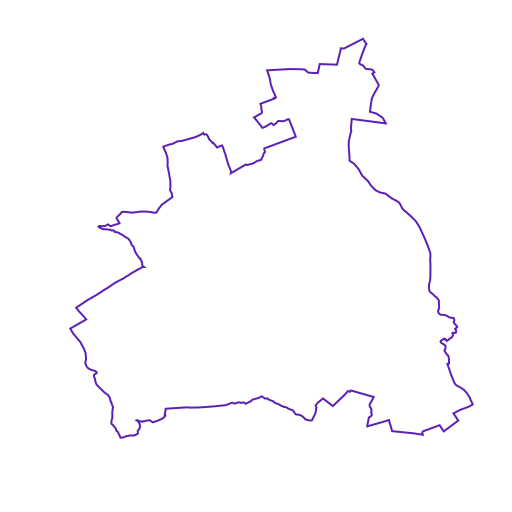 Albesti, Vaslui, Romania (Natural Earth projection), rotated 172°
{"feature_id": "2599482B63481497908108", "entity_name": "Albesti", "entity_type": "district", "adm_level": 2, "iso_a3": "ROU", "parent_name": "Romania", "parent_adm1": "Vaslui", "projection": "natural_earth1", "projection_center": [27.866, 46.507], "detail": "fine", "context": "isolated", "style": "outline", "palette": "violet", "viewbox_px": 512, "rotation_deg": 172, "n_neighbors": 0, "source": "geoboundaries", "source_scale": "gbopen_adm2", "svg_char_len": 6005}
<svg xmlns="http://www.w3.org/2000/svg" viewBox="0 0 512 512"><g transform="rotate(172 256 256)"><path d="M406.5,307.5L406.6,307.3L407.8,307.1L407.3,306.0L406.2,305.7L404.4,304.1L396.6,302.3L395.7,301.5L393.2,301.1L392.6,299.5L390.6,299.0L388.3,297.8L387.4,296.7L386.3,296.2L385.5,295.4L384.5,294.8L383.9,294.0L381.4,291.9L380.4,291.3L379.0,289.2L378.7,288.3L377.9,286.9L377.9,285.2L375.8,281.6L375.3,277.9L374.3,275.1L371.9,270.3L370.7,269.4L370.8,268.4L370.0,266.9L370.1,266.2L369.7,265.4L369.9,262.7L369.6,262.0L368.4,260.7L370.2,260.9L371.3,260.2L374.0,259.4L382.8,255.8L385.2,254.5L386.8,254.0L391.4,251.8L392.4,251.6L399.9,248.8L408.4,244.6L412.0,243.2L413.5,242.3L415.6,241.5L417.8,240.3L429.6,235.5L441.3,229.8L438.9,225.7L435.3,220.6L433.0,216.8L450.0,210.0L448.1,205.1L442.1,195.5L441.3,193.7L440.8,191.8L440.2,190.6L439.5,188.6L438.2,183.6L438.4,182.2L438.6,177.5L440.0,173.7L439.1,170.1L437.5,167.8L434.6,166.0L431.7,164.7L430.1,163.4L430.0,162.5L430.2,162.2L432.9,160.9L433.1,160.5L433.2,159.5L432.5,156.0L432.5,154.0L432.0,151.4L431.0,149.7L425.2,142.1L421.8,138.8L420.5,135.9L420.3,133.4L418.6,126.2L419.7,122.9L420.4,119.1L420.4,117.5L420.6,116.6L422.1,112.6L422.5,110.3L422.3,109.5L421.2,108.6L418.8,104.6L418.6,102.6L418.3,101.9L417.3,101.1L415.5,95.1L415.1,94.8L413.0,94.8L409.5,95.6L405.2,95.8L403.4,95.4L401.2,95.3L397.7,96.5L397.6,98.5L397.3,99.5L395.6,100.9L395.5,101.6L394.7,102.5L394.8,103.2L394.5,104.5L394.5,105.7L395.3,107.5L395.4,108.3L396.0,109.0L397.2,109.9L397.0,110.0L396.4,109.9L394.0,108.3L393.1,108.4L391.5,107.7L389.9,108.1L389.4,107.9L387.6,108.2L384.6,108.2L383.9,107.9L381.2,105.6L375.5,106.8L371.2,108.1L369.3,109.1L368.5,110.1L368.6,110.9L368.0,110.9L368.1,112.8L367.0,115.8L366.9,117.0L366.0,117.3L344.9,115.7L343.9,115.5L343.5,115.2L334.2,114.0L320.2,113.0L306.6,112.5L300.2,114.1L298.0,112.9L295.9,113.0L294.0,113.5L293.2,113.5L291.3,112.6L289.3,112.8L288.4,112.6L286.7,111.1L281.1,113.0L280.0,113.9L279.2,114.3L272.3,115.2L270.4,116.2L269.8,116.2L266.7,113.5L266.3,113.4L264.7,113.4L263.0,111.8L259.1,109.7L258.0,108.1L253.9,105.9L252.3,104.4L251.0,103.8L249.4,102.6L248.4,102.5L246.8,101.8L245.7,100.7L243.9,99.5L241.5,98.4L240.6,97.6L239.1,94.1L238.1,93.4L235.3,92.8L233.3,91.6L231.6,90.0L230.9,89.0L230.4,87.9L229.8,87.4L229.1,87.2L228.7,86.7L225.3,85.5L223.5,85.5L219.1,92.0L218.4,93.6L217.8,96.4L217.1,97.7L217.3,98.4L217.7,99.1L217.7,99.8L215.1,102.2L209.5,105.6L200.8,96.7L188.1,105.8L183.5,109.5L181.9,108.4L180.6,109.6L159.1,100.0L161.7,96.2L163.9,93.7L164.4,91.8L164.1,90.5L163.4,89.5L163.1,86.6L163.8,85.0L163.5,83.9L163.4,82.7L164.2,81.6L165.1,81.0L166.1,80.7L166.8,80.1L169.3,72.9L169.5,71.8L147.1,75.0L146.9,72.4L146.3,69.2L145.6,63.6L124.3,58.4L115.7,55.8L116.0,57.3L116.0,58.0L115.1,59.1L97.7,62.9L94.5,56.2L78.6,64.9L82.4,72.7L74.8,75.3L65.7,77.3L62.0,78.9L63.7,84.2L64.0,85.9L66.2,90.8L68.3,93.9L69.9,95.6L71.4,97.0L75.4,99.9L76.6,101.5L77.3,103.1L79.2,110.8L81.5,122.5L79.9,122.5L79.2,127.3L79.5,130.5L80.9,132.2L82.6,136.1L81.3,137.7L81.3,138.5L80.8,140.2L81.1,141.0L81.8,141.9L84.1,143.7L85.0,144.7L85.1,145.7L84.7,146.4L81.0,148.0L80.6,147.1L79.8,147.2L79.0,145.4L77.8,145.8L77.6,146.1L76.9,146.2L76.3,146.9L73.3,148.2L71.9,150.2L72.3,152.2L71.4,152.7L69.7,152.0L68.9,152.1L68.2,153.7L68.1,154.4L68.9,155.4L69.0,156.1L66.7,157.6L66.6,158.2L68.5,160.9L69.5,163.0L68.6,164.4L68.5,165.3L68.8,166.9L73.3,168.4L75.4,170.3L76.5,170.9L77.8,171.4L81.4,172.2L82.3,172.9L83.1,174.3L83.4,175.7L83.4,176.4L82.2,178.2L81.8,179.4L81.4,184.2L81.1,185.9L81.3,187.0L82.7,189.6L84.5,191.2L86.0,193.4L88.4,196.0L89.2,197.6L89.2,200.2L88.5,204.1L87.4,206.5L86.5,209.9L85.9,213.3L84.4,223.5L84.2,227.1L83.2,232.1L83.0,234.7L84.3,241.5L86.4,249.7L89.8,261.2L92.8,268.0L95.2,271.4L100.4,277.8L103.7,281.3L104.8,283.6L106.4,288.2L107.4,289.5L109.2,291.1L113.5,294.1L119.2,299.8L124.4,301.7L127.9,304.1L129.5,305.7L132.8,310.5L133.8,312.9L134.8,314.7L139.4,320.5L140.3,322.3L141.6,326.2L142.7,328.4L145.7,333.2L146.7,334.4L149.7,336.9L150.1,337.9L150.0,339.1L149.6,340.4L149.6,342.2L148.9,352.1L148.6,354.0L147.9,357.4L147.1,359.5L145.3,364.3L144.3,366.2L144.2,369.4L142.1,378.4L109.1,369.3L110.8,374.1L111.6,375.5L116.9,380.3L123.1,383.0L121.8,387.9L119.4,395.8L117.5,398.8L110.8,407.6L110.6,408.2L115.4,420.5L113.2,421.4L114.1,423.4L115.1,424.3L116.7,425.0L120.7,425.8L121.9,426.8L123.4,429.7L126.3,431.5L127.0,432.8L121.9,442.8L117.9,449.7L117.1,450.6L117.6,451.4L119.8,456.2L139.5,449.4L140.5,449.3L143.2,449.9L143.5,448.4L149.2,434.2L166.2,437.2L169.4,428.5L178.3,430.2L179.4,431.0L181.6,433.7L184.9,434.6L197.0,436.5L219.2,438.3L218.5,435.2L217.7,430.1L217.5,427.6L217.6,425.7L217.4,423.3L216.1,417.0L214.2,410.3L215.3,410.0L216.4,410.0L216.5,409.8L216.1,409.3L230.5,406.1L229.9,402.5L230.3,400.6L230.0,398.3L230.2,397.1L231.5,396.2L234.4,395.3L237.1,394.0L238.6,393.6L233.5,385.0L232.0,382.1L231.8,382.0L228.8,382.7L222.9,385.3L222.2,385.3L220.2,383.2L216.8,385.2L215.7,386.4L214.3,386.5L211.3,385.8L209.4,385.7L205.1,387.1L204.3,386.7L200.0,368.6L232.8,361.4L233.0,360.1L232.6,358.5L232.7,357.7L234.2,356.3L234.7,355.0L235.8,353.1L236.8,351.9L237.0,351.1L237.6,350.5L241.5,350.0L245.9,348.1L251.5,347.4L252.4,347.4L253.4,348.0L269.5,341.4L269.0,343.0L269.5,345.8L270.7,350.4L272.1,359.6L272.2,361.4L272.8,363.6L273.6,368.4L274.3,370.3L279.5,368.9L282.4,373.9L283.1,373.7L284.3,375.7L286.3,378.4L286.7,380.6L288.1,383.4L290.4,383.5L291.2,384.5L291.2,385.1L293.2,384.1L299.2,382.2L312.3,380.4L314.7,380.3L316.8,380.5L318.1,380.4L322.9,378.7L326.1,378.5L332.5,377.2L332.7,376.9L330.9,371.1L330.0,365.4L330.6,359.7L331.1,358.0L330.6,349.4L330.4,342.3L331.2,335.7L332.0,333.2L330.7,329.8L330.6,326.0L342.1,319.9L344.9,317.3L348.7,312.8L351.1,313.1L353.0,313.8L358.3,315.2L364.8,316.1L368.1,316.0L372.8,316.2L379.0,317.8L382.7,318.4L384.0,316.9L388.6,313.6L388.8,313.0L388.6,312.0L386.6,307.8L386.6,307.4L390.1,306.7L391.8,306.6L395.2,305.7L395.9,305.8L398.3,307.9L401.4,306.7L403.1,306.8L406.5,307.5Z" fill="none" stroke="#5b21b6" stroke-width="2"/></g></svg>